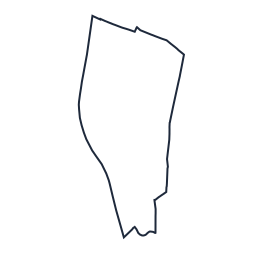 Jaunjelgava, Jaunjelgavas, Latvia (Robinson projection), rotated 274°
{"feature_id": "27541924B26056136094226", "entity_name": "Jaunjelgava", "entity_type": "district", "adm_level": 2, "iso_a3": "LVA", "parent_name": "Latvia", "parent_adm1": "Jaunjelgavas", "projection": "robinson", "projection_center": [25.08, 56.612], "detail": "fine", "context": "isolated", "style": "outline", "palette": "slate", "viewbox_px": 256, "rotation_deg": 274, "n_neighbors": 0, "source": "geoboundaries", "source_scale": "gbopen_adm2", "svg_char_len": 1556}
<svg xmlns="http://www.w3.org/2000/svg" viewBox="0 0 256 256"><g transform="rotate(274 128 128)"><path d="M237.4,84.7L220.5,83.5L198.3,81.9L186.0,80.5L177.9,79.6L171.2,78.8L164.4,78.3L158.8,77.8L150.9,77.3L147.8,77.3L143.2,77.9L134.7,79.3L127.6,81.5L120.3,84.3L113.9,87.2L103.1,93.8L97.7,98.1L90.1,104.3L81.1,109.5L74.4,112.5L71.2,113.6L58.8,117.5L45.2,121.9L18.6,131.5L27.1,139.2L28.7,140.2L29.0,140.7L29.8,141.6L29.7,141.7L29.5,141.8L27.6,143.5L24.5,145.3L24.2,145.4L22.6,147.3L21.8,149.4L21.8,150.6L21.9,151.1L22.1,151.8L22.6,152.9L23.1,153.5L23.9,154.2L24.5,154.7L25.5,155.8L26.1,156.6L26.3,157.2L26.2,159.4L26.1,160.4L25.2,162.4L25.3,162.7L25.9,162.7L42.3,161.6L44.8,161.5L49.1,161.2L57.9,159.4L58.1,159.4L58.2,160.2L58.6,160.7L61.1,163.4L66.8,170.6L71.7,170.5L72.5,170.7L74.9,170.7L88.1,170.3L90.2,170.2L92.1,170.5L99.7,169.1L114.6,169.8L119.1,170.0L124.9,169.8L126.3,169.7L129.7,169.5L132.0,169.3L136.2,169.2L137.0,169.5L137.7,169.5L151.7,171.4L159.3,172.5L178.4,175.3L183.4,176.1L183.6,176.1L183.8,176.1L192.6,177.2L195.1,177.5L195.9,177.6L196.7,177.7L196.9,177.7L197.4,177.8L197.6,177.8L205.1,178.7L205.8,177.8L206.0,177.5L209.1,173.0L210.5,171.4L210.7,171.1L211.8,169.6L214.9,165.0L218.2,160.4L219.4,155.7L219.5,155.4L221.6,148.4L222.2,146.6L222.8,144.5L222.9,144.2L226.4,133.5L229.2,129.9L228.8,129.6L224.5,128.0L226.1,122.2L226.8,119.3L227.6,115.6L227.8,114.9L227.9,114.5L229.7,108.6L229.8,108.3L230.5,105.8L233.1,97.8L234.9,92.9L234.3,92.8L234.7,91.7L234.8,91.4L237.2,85.2L237.4,84.7Z" fill="none" stroke="#1e293b" stroke-width="2"/></g></svg>